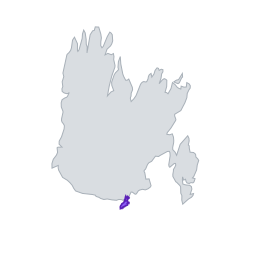 Dundalk-Carlingford Lea-6, Louth, Ireland shown in context, rotated 115°
{"feature_id": "5873133B30233967473277", "entity_name": "Dundalk-Carlingford Lea-6", "entity_type": "district", "adm_level": 2, "iso_a3": "IRL", "parent_name": "Ireland", "parent_adm1": "Louth", "projection": "equal_earth", "projection_center": [-6.343, 54.045], "detail": "fine", "context": "in_parent", "style": "filled", "palette": "violet", "viewbox_px": 256, "rotation_deg": 115, "n_neighbors": 0, "source": "geoboundaries", "source_scale": "gbopen_adm2", "svg_char_len": 6019}
<svg xmlns="http://www.w3.org/2000/svg" viewBox="0 0 256 256"><g transform="rotate(115 128 128)"><path d="M164.8,52.6L159.2,55.4L158.3,56.5L156.7,60.8L156.5,62.0L153.0,66.8L151.0,67.8L148.0,68.6L146.3,69.3L144.2,69.0L141.5,69.0L140.1,69.9L140.2,70.5L141.0,71.3L145.9,73.5L145.6,74.4L144.2,75.5L135.3,78.1L132.6,79.6L131.7,80.7L132.6,82.4L139.7,87.6L140.9,88.2L141.9,91.2L148.2,92.5L150.7,94.4L152.9,94.9L157.7,94.7L159.7,95.4L160.8,94.9L161.4,93.9L166.8,90.2L165.2,87.4L170.6,82.7L172.1,82.8L174.7,84.2L176.8,86.2L177.4,88.9L179.4,91.3L180.7,92.1L184.2,92.6L185.0,93.5L184.3,97.0L184.8,98.2L193.7,98.1L197.2,96.6L200.3,96.9L201.8,98.4L202.4,100.0L199.8,100.6L197.1,100.3L195.7,101.4L195.6,103.4L196.6,106.1L198.4,107.9L199.9,112.1L201.1,116.8L203.0,119.7L203.4,123.2L203.1,124.9L203.5,128.0L202.7,129.1L203.3,132.1L206.5,141.5L207.2,148.9L205.6,151.7L203.5,154.4L202.1,157.5L201.0,160.9L200.4,166.4L195.7,172.8L193.7,174.4L191.4,175.4L196.5,179.9L192.4,181.9L187.9,182.5L182.9,181.4L179.9,181.5L175.9,183.9L175.0,183.4L173.2,179.7L171.8,183.6L169.0,184.8L164.1,184.5L155.9,185.5L152.8,186.6L151.5,188.3L150.5,190.3L149.2,191.5L147.7,192.1L141.4,193.5L140.2,194.1L137.2,197.3L133.4,199.2L130.2,199.7L127.4,197.9L126.2,196.7L124.9,196.2L120.6,196.3L122.0,196.8L122.8,198.1L123.2,200.7L122.7,203.1L120.5,204.4L118.0,204.6L113.9,207.2L108.6,207.9L105.7,210.2L88.0,214.2L87.0,214.3L84.5,213.3L81.9,212.8L79.3,213.1L71.8,215.4L68.3,214.9L73.0,209.4L79.1,206.6L79.8,205.8L77.8,205.4L66.1,207.4L62.0,209.0L58.0,209.5L59.9,207.0L65.2,203.5L69.8,201.2L71.8,199.2L77.3,196.9L59.5,201.7L54.9,201.1L53.8,199.8L50.2,200.4L48.9,197.2L54.4,192.3L57.6,190.2L61.3,189.1L64.9,187.5L66.3,185.5L64.6,184.9L53.9,185.4L48.8,185.0L49.1,183.4L50.1,181.7L55.5,178.7L58.4,178.3L60.9,178.5L65.4,180.3L71.4,179.7L68.9,177.8L68.6,174.0L66.7,172.7L69.2,170.9L72.0,169.9L76.8,166.2L78.4,165.6L87.7,164.7L97.7,162.8L107.6,160.2L102.6,158.7L100.2,156.7L96.2,160.7L93.4,162.2L85.4,163.0L83.0,162.6L79.4,161.3L78.3,161.8L77.3,162.7L72.0,164.7L66.5,165.2L73.0,161.6L81.2,155.6L83.1,153.7L85.7,150.3L85.0,148.9L83.3,148.0L89.3,141.3L91.4,140.0L95.2,139.8L97.9,138.7L99.2,138.7L100.3,138.3L102.7,136.3L99.0,135.0L95.2,134.4L83.3,135.1L81.7,134.9L80.3,134.3L79.3,133.4L78.7,131.1L77.8,130.6L75.1,130.6L72.5,131.3L70.6,131.2L68.8,130.2L71.8,127.9L68.1,127.3L64.3,127.8L61.2,127.1L61.1,125.6L62.6,124.1L60.7,122.7L60.4,121.0L62.4,120.1L64.6,120.4L69.0,119.1L74.7,118.5L69.9,117.2L68.0,116.1L67.9,114.4L68.3,113.0L74.0,110.5L80.0,109.5L79.6,107.9L80.1,106.2L74.0,105.7L68.0,106.9L68.8,103.6L70.3,100.6L70.6,98.7L70.4,96.6L67.6,97.5L67.3,94.5L66.2,92.5L62.0,93.9L62.2,91.2L63.4,89.4L65.6,88.5L67.7,88.9L71.7,88.9L75.6,87.5L81.1,87.1L89.9,87.5L95.8,91.5L97.4,90.8L99.9,88.3L101.0,88.0L110.1,89.1L115.7,90.5L117.3,90.1L116.5,87.3L114.6,85.4L117.1,82.9L120.1,81.2L122.1,80.4L126.7,79.3L128.7,78.3L130.0,75.1L132.2,72.4L120.7,73.8L109.8,70.6L111.6,68.4L113.9,67.1L117.9,66.2L118.3,65.0L120.3,64.0L123.7,61.5L122.5,58.2L123.2,55.7L125.6,54.2L126.4,51.9L127.5,50.2L132.3,49.6L137.0,48.1L144.2,47.9L146.0,48.5L145.6,45.8L149.0,45.4L150.3,46.0L150.9,47.9L152.4,49.1L152.9,51.3L151.8,52.9L150.1,54.2L151.7,55.5L149.2,57.9L151.8,56.9L155.6,54.6L155.4,52.7L154.8,50.3L153.8,48.1L154.3,45.8L156.4,44.3L161.9,43.6L159.7,40.9L161.7,40.6L163.9,41.2L167.1,43.3L173.9,46.2L170.6,48.8L166.5,50.6L164.8,52.6ZM66.9,104.7L66.7,105.9L64.1,104.3L62.8,102.6L55.6,101.8L58.7,100.1L60.1,100.6L65.3,100.6L66.7,101.4L66.9,104.7Z" fill="#d9dde1" stroke="#a8b0b8" stroke-width="1"/><path d="M190.6,98.0L190.8,98.2L190.8,98.3L190.7,98.3L190.5,98.5L190.6,98.8L190.7,99.0L190.4,99.1L190.2,99.1L190.1,99.3L190.3,99.3L190.6,99.5L190.7,99.4L190.8,99.4L190.9,99.5L191.1,99.4L191.1,99.5L191.3,99.5L191.5,99.5L191.4,99.7L191.4,99.8L191.4,100.0L191.3,99.9L191.3,100.1L191.5,100.2L191.4,100.3L191.3,100.5L191.2,100.6L191.1,100.8L190.9,100.9L190.8,101.0L190.7,101.2L190.6,101.3L191.0,101.3L191.2,101.2L191.3,101.2L191.5,101.2L192.0,101.1L192.4,101.0L192.6,100.9L193.0,100.8L193.4,100.8L193.6,100.7L193.8,100.6L194.2,100.5L194.1,100.4L193.8,100.3L193.8,100.2L194.0,100.2L194.1,100.3L194.1,100.2L194.4,100.2L194.5,100.2L195.0,100.2L195.3,100.2L195.2,100.2L195.0,99.9L195.0,99.7L194.9,99.6L194.9,99.4L195.0,99.4L195.0,99.5L195.2,99.8L195.3,100.0L195.5,100.0L195.5,100.3L195.9,100.2L196.1,100.2L196.3,100.2L196.6,100.2L196.8,100.2L197.0,100.3L197.3,100.4L197.5,100.4L197.5,100.5L197.8,100.7L198.0,100.8L198.3,100.9L198.4,101.0L198.6,101.1L198.9,101.2L199.1,101.3L199.5,101.4L199.5,101.5L199.9,101.4L200.0,101.4L200.1,101.5L200.4,101.5L200.5,101.6L200.8,101.6L201.0,101.7L201.4,101.8L201.5,101.7L201.8,101.7L201.9,101.8L202.0,101.8L202.3,101.8L202.6,101.7L202.8,101.6L203.0,101.6L203.3,101.4L203.7,101.2L203.8,101.1L204.0,101.0L204.2,100.9L204.4,100.8L204.3,100.7L204.2,100.6L204.1,100.4L203.9,100.4L203.8,100.2L203.6,100.1L203.5,99.9L203.4,99.8L203.4,99.6L203.4,99.4L203.1,99.4L203.0,99.5L202.9,99.6L202.7,99.6L202.4,99.5L202.3,99.4L202.2,99.3L202.2,99.2L202.1,99.3L201.9,99.1L201.7,98.9L201.5,99.0L201.4,99.0L201.4,98.9L201.5,98.9L201.4,98.9L201.3,98.7L201.2,98.6L201.1,98.3L200.8,98.1L200.7,98.1L200.4,97.9L200.2,97.8L200.1,97.7L199.9,97.7L199.7,97.6L199.3,97.4L199.2,97.3L199.2,97.2L199.0,96.9L198.9,96.8L198.7,96.8L198.6,96.6L198.5,96.4L198.4,96.3L198.5,96.3L198.3,96.1L198.1,95.9L197.9,95.8L197.7,95.8L197.4,95.9L197.4,96.0L197.1,96.1L197.0,96.3L196.9,96.5L196.7,96.6L196.7,96.8L196.4,96.7L196.0,96.6L196.1,96.4L196.1,96.2L195.9,95.8L195.7,95.8L195.7,95.7L195.6,95.8L195.4,95.9L195.2,95.8L195.1,95.7L195.0,95.8L194.9,95.9L194.9,96.0L195.0,96.2L195.0,96.3L195.1,96.5L195.1,96.8L195.1,97.1L195.1,97.3L195.1,97.6L194.9,97.7L194.6,97.7L194.4,97.7L194.4,97.8L194.2,98.1L193.8,98.1L193.7,98.0L193.4,98.0L193.2,98.1L192.9,98.1L192.7,98.2L192.4,98.2L192.4,98.3L192.3,98.2L192.2,98.3L192.2,98.2L192.0,97.9L191.9,97.8L191.8,97.7L191.7,97.6L191.4,97.5L191.2,97.5L191.1,97.4L190.9,97.4L190.9,97.5L191.0,97.7L191.1,97.8L190.9,97.8L190.7,97.9L190.6,98.0Z" fill="#8b5cf6" stroke="#5b21b6" stroke-width="1.5"/></g></svg>